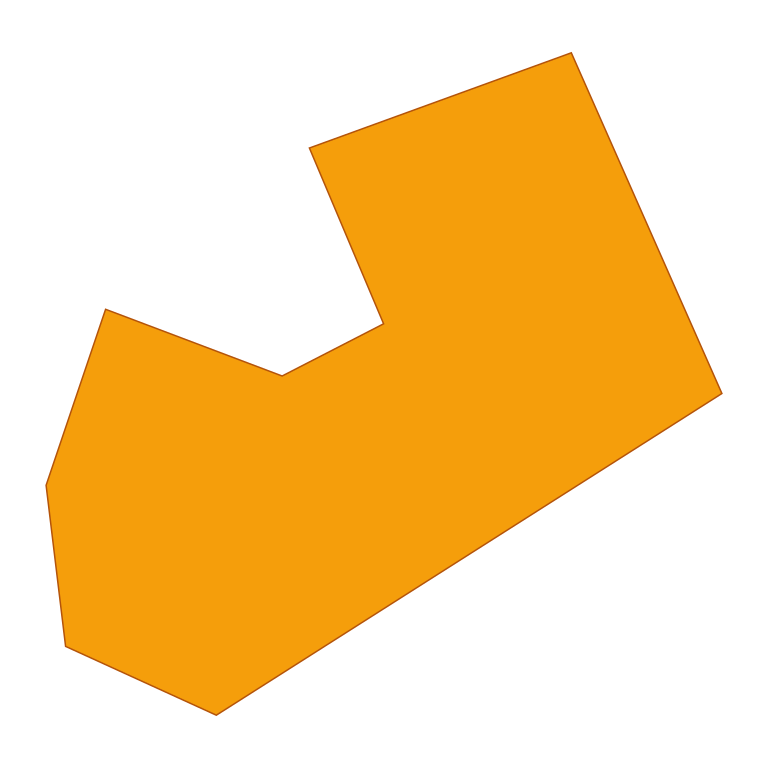 outline of Aiga-i-le-Tai
{"feature_id": "WSM-4986", "entity_name": "Aiga-i-le-Tai", "entity_type": "state/province", "adm_level": 1, "iso_a3": "WSM", "parent_name": "Samoa", "parent_adm1": "", "projection": "mercator", "projection_center": [-172.029, -13.872], "detail": "fine", "context": "isolated", "style": "filled", "palette": "amber", "viewbox_px": 768, "rotation_deg": 0, "n_neighbors": 0, "source": "natural_earth", "source_scale": "10m", "svg_char_len": 249}
<svg xmlns="http://www.w3.org/2000/svg" viewBox="0 0 768 768"><path d="M309.4,148.0L571.3,52.8L721.9,393.5L216.3,715.2L65.6,646.4L46.1,485.3L105.6,309.3L282.1,376.0L383.6,323.8L309.4,148.0Z" fill="#f59e0b" stroke="#b45309" stroke-width="1.5"/></svg>